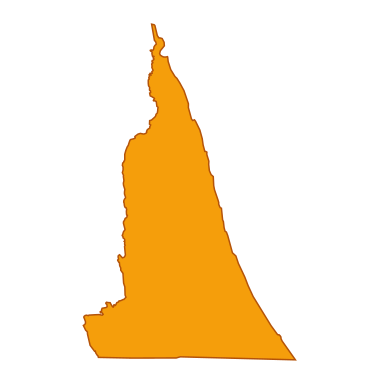 Cook, Minnesota, United States of America, rotated 271°
{"feature_id": "52423323B35428884505626", "entity_name": "Cook", "entity_type": "district", "adm_level": 2, "iso_a3": "USA", "parent_name": "United States of America", "parent_adm1": "Minnesota", "projection": "robinson", "projection_center": [-90.193, 47.855], "detail": "fine", "context": "isolated", "style": "filled", "palette": "amber", "viewbox_px": 384, "rotation_deg": 271, "n_neighbors": 0, "source": "geoboundaries", "source_scale": "gbopen_adm2", "svg_char_len": 4543}
<svg xmlns="http://www.w3.org/2000/svg" viewBox="0 0 384 384"><g transform="rotate(271 192 192)"><path d="M25.0,101.3L24.9,135.1L25.8,179.2L27.0,183.1L26.0,298.3L44.4,284.8L46.8,283.6L48.6,283.4L49.8,282.6L50.7,281.6L50.7,280.6L51.2,279.8L59.8,273.3L88.6,254.9L99.4,249.7L107.8,246.3L121.4,239.6L128.8,237.0L131.9,233.5L149.0,228.5L152.5,227.1L153.4,225.7L157.0,224.7L163.0,223.9L164.6,223.1L176.3,221.7L176.8,220.5L178.3,219.7L180.3,218.9L182.0,218.9L184.2,218.2L194.5,214.5L198.7,213.6L207.8,213.0L209.7,210.8L213.6,209.0L219.8,208.2L223.1,208.3L229.3,206.3L230.6,206.1L232.1,206.2L232.8,205.0L232.8,204.1L239.2,202.3L245.5,201.3L254.0,198.8L262.8,194.3L264.2,193.2L263.5,191.4L265.0,190.2L276.3,186.9L280.1,186.9L293.2,182.2L300.8,177.9L305.4,174.9L307.1,173.0L314.0,168.6L322.0,165.9L326.6,165.3L326.9,165.1L326.5,163.6L326.5,161.3L327.1,159.8L328.2,158.0L329.8,157.2L332.7,157.9L336.0,160.5L337.7,161.8L341.2,161.5L344.9,159.5L345.4,157.9L345.6,156.1L347.8,154.6L357.8,152.0L358.6,151.2L359.1,148.7L342.9,151.8L341.5,153.1L339.3,153.7L339.0,153.6L338.2,152.6L337.5,152.1L336.3,151.4L334.8,151.3L333.4,150.8L333.0,150.1L333.3,149.2L333.1,148.1L332.9,147.8L332.6,147.8L332.0,148.4L331.6,149.2L331.2,149.6L330.7,149.7L329.7,149.5L327.1,150.1L326.7,150.4L327.0,150.8L327.1,151.3L327.0,151.5L326.9,151.6L326.5,151.5L326.1,151.0L325.3,150.9L324.8,151.2L324.5,151.6L324.1,151.6L323.6,151.4L323.0,150.6L322.8,149.9L321.4,149.7L321.1,150.5L320.6,150.6L320.1,150.3L319.6,149.8L319.5,149.6L319.1,149.5L318.5,149.6L317.8,149.8L316.7,149.9L316.4,149.7L315.9,149.7L313.1,150.9L312.9,150.9L312.1,150.4L311.9,150.0L311.7,149.8L310.6,149.9L310.0,150.1L309.9,149.8L310.0,148.1L309.7,147.9L309.3,148.2L308.8,148.7L308.2,148.9L308.2,148.1L308.5,147.8L308.8,147.8L308.9,147.7L308.6,147.1L308.4,147.0L308.2,147.1L308.3,147.4L308.2,147.4L306.7,147.5L306.7,147.2L305.5,146.8L305.0,147.1L304.2,147.2L303.9,146.6L302.7,146.3L299.6,146.4L297.4,146.7L296.2,147.6L295.5,147.8L293.5,147.7L293.0,147.8L292.8,147.9L292.6,148.6L292.3,148.7L290.7,148.9L290.2,147.9L287.5,148.5L287.3,148.6L286.9,149.7L285.2,152.5L284.9,152.8L284.4,152.7L283.4,152.0L282.7,151.8L282.5,152.0L282.5,153.3L281.8,154.6L281.5,154.7L277.0,155.4L276.3,156.4L275.9,156.6L274.3,156.3L273.0,156.3L270.7,156.0L270.1,155.7L269.3,154.9L269.1,154.7L267.7,154.4L266.8,154.0L265.4,152.6L263.4,150.4L263.0,149.8L262.9,149.0L262.6,148.4L259.1,148.3L258.3,149.5L256.3,148.6L255.3,148.7L254.2,147.1L253.4,146.2L251.8,145.5L251.6,145.5L251.2,145.7L250.8,145.6L249.9,144.9L249.6,144.2L249.1,143.0L249.3,141.3L249.7,139.3L248.9,136.9L246.6,134.0L246.2,133.9L246.0,134.1L245.1,134.3L244.3,133.0L243.3,129.5L242.0,128.8L238.5,127.7L237.8,127.6L235.9,126.4L232.4,125.1L228.5,124.1L223.2,124.2L221.8,123.8L221.6,123.4L221.3,123.3L220.5,123.1L219.7,122.2L218.9,122.1L217.3,121.9L216.9,122.2L215.7,122.6L212.8,122.7L210.1,122.0L207.5,123.2L206.1,123.1L202.6,123.7L201.5,123.6L199.7,123.2L197.7,123.4L193.4,124.8L191.0,124.5L188.9,124.5L185.7,125.6L184.9,125.6L183.8,124.7L182.2,124.0L180.7,123.9L179.7,124.3L176.9,124.7L175.4,125.4L175.1,126.4L174.1,126.6L173.8,126.9L173.3,127.0L171.8,126.7L168.7,126.9L167.8,127.1L167.6,127.8L167.3,127.8L165.6,127.2L165.1,126.8L164.9,126.5L164.7,125.9L163.9,125.4L163.2,125.3L161.0,124.0L159.5,124.0L153.4,125.7L152.3,125.2L151.5,124.4L150.5,124.0L148.1,123.4L147.6,123.0L147.1,123.0L146.4,123.7L144.9,123.9L144.3,124.8L143.7,125.3L142.9,125.6L142.3,125.6L141.4,125.0L141.1,125.4L141.0,125.5L140.9,125.7L138.9,125.5L138.3,125.6L137.7,126.1L136.4,125.5L127.8,126.5L126.1,125.7L125.5,125.1L125.0,123.5L128.0,120.7L127.2,119.5L125.8,119.2L124.8,119.5L123.6,119.7L123.4,119.6L122.8,118.9L122.3,118.9L120.5,120.0L120.3,120.6L117.0,121.0L114.9,122.0L114.0,122.1L112.6,122.1L109.4,124.4L99.7,125.2L95.9,126.5L87.8,126.9L85.6,127.8L83.4,125.8L83.4,125.3L82.1,122.6L81.8,120.9L81.0,120.6L80.7,120.3L80.7,120.2L80.3,119.3L80.1,118.8L78.7,118.1L77.9,117.8L77.3,117.2L77.8,116.4L77.9,116.2L77.7,115.8L77.2,115.6L76.5,115.7L76.1,115.7L75.6,115.3L75.8,114.6L78.2,113.0L79.9,112.1L80.0,109.9L80.3,108.5L79.9,108.0L79.2,107.8L78.7,108.0L78.2,108.8L75.9,109.2L75.0,108.2L74.2,104.2L72.9,103.7L71.3,103.7L71.0,102.9L70.6,102.3L69.6,102.6L69.7,103.3L69.5,104.4L68.1,105.3L67.3,104.4L67.8,101.2L67.6,97.6L67.1,91.2L67.0,90.9L66.6,90.6L66.6,90.4L67.0,88.7L66.7,87.4L65.8,86.3L65.0,86.0L60.7,87.7L59.0,87.8L57.6,87.1L56.7,85.7L52.1,88.0L50.3,89.8L48.1,90.0L36.9,92.8L31.0,97.4L31.2,98.1L29.2,98.7L27.0,100.2L26.6,100.8L25.0,101.3L25.0,101.3Z" fill="#f59e0b" stroke="#b45309" stroke-width="1.5"/></g></svg>